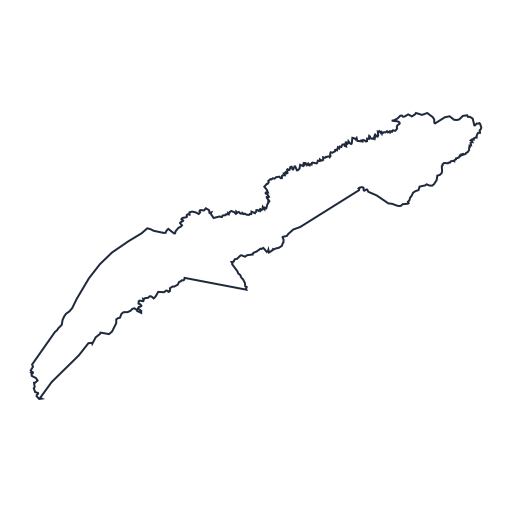 Rosário Oeste, Mato Grosso, Brazil
{"feature_id": "56859067B6764993108828", "entity_name": "Rosário Oeste", "entity_type": "district", "adm_level": 2, "iso_a3": "BRA", "parent_name": "Brazil", "parent_adm1": "Mato Grosso", "projection": "orthographic", "projection_center": [-55.849, -14.873], "detail": "fine", "context": "isolated", "style": "outline", "palette": "slate", "viewbox_px": 512, "rotation_deg": 0, "n_neighbors": 0, "source": "geoboundaries", "source_scale": "gbopen_adm2", "svg_char_len": 6083}
<svg xmlns="http://www.w3.org/2000/svg" viewBox="0 0 512 512"><path d="M184.6,277.9L246.4,289.7L246.0,288.6L246.7,287.1L245.3,286.4L244.9,283.0L243.2,279.6L241.4,277.7L240.2,275.0L238.2,273.4L237.4,271.3L232.2,264.3L232.4,263.6L231.5,262.0L233.6,261.7L234.7,259.3L236.9,258.9L240.5,255.5L241.5,255.3L245.0,256.7L247.1,255.2L252.7,254.5L252.7,253.6L254.3,252.4L256.3,251.7L260.5,248.7L261.3,249.0L263.3,247.9L266.9,252.0L268.0,251.1L268.4,249.8L269.0,252.5L271.9,250.7L273.0,249.1L273.5,249.6L275.6,248.5L278.9,247.8L281.9,245.8L282.8,243.0L283.4,242.6L283.6,239.6L282.6,237.7L282.7,236.9L286.9,235.9L288.1,234.1L293.3,229.5L300.2,227.0L359.0,190.2L359.3,188.6L358.7,188.3L359.4,187.7L361.8,187.1L363.5,187.7L363.7,190.3L364.3,190.7L366.4,189.5L367.2,189.6L368.3,191.8L376.6,195.4L388.4,203.4L392.0,203.8L397.2,205.7L399.7,206.1L400.9,205.8L402.7,204.2L407.9,203.7L408.6,203.2L407.9,201.8L409.3,200.5L410.3,197.3L411.3,196.4L413.1,192.7L415.3,191.2L418.5,190.1L419.6,186.6L425.2,185.4L426.6,184.3L429.3,185.5L432.0,185.7L434.0,184.2L436.7,180.0L437.3,175.6L439.7,175.0L441.4,173.4L442.1,171.7L441.8,166.2L442.6,165.4L442.5,164.4L444.0,163.0L447.9,163.3L448.3,162.7L449.9,162.7L450.6,161.4L453.5,160.8L454.2,161.2L454.2,160.4L456.0,159.3L456.0,158.4L458.8,157.6L459.8,155.6L460.4,156.1L461.5,155.0L461.3,154.4L463.0,154.0L463.1,154.8L465.6,153.9L465.9,153.2L467.9,151.9L469.1,150.0L469.2,147.2L469.9,146.9L469.6,145.5L471.1,145.4L470.6,143.0L471.5,141.9L472.4,142.1L471.7,140.4L470.9,140.2L471.5,139.6L473.8,139.6L473.5,138.6L475.7,137.4L476.6,137.6L476.8,135.2L477.8,133.3L478.2,132.8L480.0,132.8L479.7,130.3L480.9,129.0L481.3,127.4L480.1,123.9L479.4,123.1L478.1,123.7L476.7,123.5L475.1,125.3L474.3,125.3L472.7,118.6L470.0,116.9L467.8,116.8L467.2,115.3L462.9,115.9L459.3,119.4L456.9,120.0L454.1,119.8L449.6,116.3L444.8,117.3L435.1,123.4L434.3,122.7L434.2,119.4L432.7,117.1L427.2,113.0L422.0,114.9L415.9,113.0L415.0,114.4L411.9,116.4L408.2,114.4L404.5,116.6L402.9,116.7L401.9,115.6L400.3,115.7L397.5,118.5L394.3,120.2L391.7,120.7L397.3,121.3L399.1,122.1L399.7,123.0L399.5,123.9L397.5,125.2L396.8,126.8L397.1,128.6L395.3,130.8L393.0,130.3L392.2,131.6L391.6,131.2L390.2,132.5L389.7,131.3L388.0,132.4L387.0,131.2L385.6,132.4L384.0,132.2L383.1,132.8L382.3,132.4L381.9,133.7L381.1,132.1L380.7,132.8L379.2,131.1L378.5,131.9L377.8,131.6L378.2,135.2L377.8,136.4L377.2,136.7L375.4,134.8L374.9,137.6L374.4,136.6L373.8,138.9L373.0,138.3L372.2,138.8L370.6,138.3L369.9,136.4L369.2,135.9L368.9,138.9L367.1,138.6L367.0,141.2L365.9,141.5L364.6,140.4L363.1,140.0L362.6,141.5L361.2,140.5L360.8,141.3L357.3,140.9L356.6,138.0L355.6,139.4L354.3,138.3L352.4,137.8L351.7,143.6L351.2,144.0L349.9,143.3L348.4,141.2L347.9,143.5L347.1,144.0L345.6,141.6L346.2,146.5L344.8,146.0L344.2,144.3L342.4,144.6L341.3,147.0L339.7,146.5L339.2,148.4L337.9,147.3L337.1,150.2L336.2,149.7L335.1,150.0L335.2,151.2L332.4,152.7L330.7,152.3L330.1,154.4L330.5,156.0L329.7,157.2L329.2,156.5L328.2,156.4L326.6,157.1L326.0,156.8L325.0,157.8L323.1,157.3L323.2,159.8L322.7,160.3L321.7,160.6L319.9,159.4L319.8,161.0L317.8,160.7L317.3,162.7L316.6,163.4L312.6,162.6L311.9,162.9L311.6,164.6L310.2,164.2L309.7,165.5L308.9,165.2L308.1,163.6L306.9,165.2L305.5,163.0L304.6,163.0L304.7,164.6L304.2,165.2L303.4,164.0L302.9,166.0L300.2,164.8L299.5,168.7L297.7,170.3L296.9,170.3L295.2,166.4L294.6,166.4L293.1,169.5L292.5,169.3L291.6,166.7L290.4,167.0L289.5,169.9L288.7,170.0L287.6,169.2L287.1,169.6L287.5,173.0L286.8,173.4L285.6,172.1L285.2,172.5L285.3,173.5L283.9,173.5L284.8,175.3L282.6,175.3L281.9,176.1L281.9,178.1L280.7,178.2L279.3,176.7L276.1,177.2L274.6,178.6L272.8,178.3L271.4,179.4L270.7,179.1L270.0,179.5L268.3,181.0L268.7,182.4L267.6,183.9L266.8,183.9L264.3,186.7L266.9,189.9L267.9,192.5L266.3,192.3L265.7,192.7L265.7,193.5L267.1,194.0L269.0,196.9L268.0,197.5L266.8,197.1L266.8,197.8L269.4,201.2L269.1,201.7L268.2,201.6L268.1,203.4L267.4,204.1L266.3,208.3L264.9,207.7L264.6,209.3L262.8,206.9L262.5,209.6L261.7,209.9L260.9,209.4L260.5,210.5L259.9,209.5L258.9,211.0L257.7,210.1L256.4,210.1L256.2,211.8L255.2,212.3L254.9,213.2L251.5,211.6L251.2,214.1L249.9,214.0L249.0,214.9L246.6,214.7L244.8,213.7L243.8,214.1L242.3,212.9L242.0,213.7L240.3,213.5L238.9,212.0L237.6,212.6L236.4,211.6L236.5,213.3L235.9,213.9L234.3,212.2L231.2,211.0L229.9,211.8L229.2,213.3L228.2,212.9L228.6,214.4L226.5,214.2L225.7,214.4L225.5,215.2L222.6,215.5L221.8,217.1L219.4,216.5L213.6,218.0L210.7,213.7L211.4,212.3L209.5,212.8L209.0,210.1L205.8,208.3L204.1,210.4L200.4,210.1L199.7,210.5L199.5,211.3L200.1,212.4L198.7,214.0L195.8,212.4L192.2,211.6L189.5,212.3L189.5,214.7L188.0,214.2L186.7,215.1L186.9,216.8L186.2,217.3L182.9,217.8L181.6,218.7L181.4,219.3L183.2,220.5L182.9,221.1L180.3,222.4L180.1,223.2L182.0,225.3L181.0,226.5L178.5,227.8L175.6,231.2L175.1,233.3L174.0,233.4L168.3,228.9L166.7,230.4L165.5,232.9L163.6,232.9L153.7,230.8L150.8,229.3L147.3,228.3L141.6,233.3L128.8,241.0L112.0,252.5L99.9,264.2L89.0,278.2L76.7,298.9L72.2,308.1L69.5,311.3L66.0,313.8L64.2,316.4L62.6,319.9L61.7,324.9L58.2,328.4L57.1,330.2L55.0,331.9L32.1,364.5L33.0,366.7L30.7,370.4L31.3,371.4L32.8,372.2L32.9,372.8L31.3,372.9L32.0,373.8L31.5,374.4L31.8,375.9L36.0,378.1L37.6,380.5L35.0,382.8L34.0,382.8L34.7,386.8L33.8,388.3L35.1,392.0L38.0,393.0L38.1,393.7L36.7,395.1L36.6,396.2L39.3,399.0L41.8,398.6L40.2,397.8L51.7,382.0L78.8,355.4L88.4,343.2L91.2,342.9L92.1,343.0L92.3,343.7L95.7,337.3L99.8,334.1L100.5,332.6L109.0,334.1L112.0,331.6L116.2,323.3L116.3,319.3L118.0,318.2L120.0,317.7L121.3,314.2L122.5,312.9L123.7,312.2L127.7,312.1L130.6,310.7L132.4,308.8L134.5,308.3L137.0,310.1L137.1,310.9L141.2,312.9L141.2,310.9L138.0,308.4L138.8,306.9L140.8,306.5L141.4,305.8L140.4,304.4L138.5,303.6L138.7,301.2L139.8,300.6L143.2,301.2L143.6,300.6L143.1,298.8L144.0,299.1L145.1,298.1L148.0,297.8L149.9,296.2L151.5,296.5L153.7,298.4L155.4,296.8L158.2,291.9L164.0,292.2L166.1,290.6L167.7,290.8L168.4,291.9L169.1,291.7L169.9,291.1L170.0,288.2L172.7,286.5L174.2,286.6L177.7,284.7L179.2,281.8L180.9,281.3L181.8,280.3L183.4,280.3L184.2,279.7L184.6,277.9Z" fill="none" stroke="#1e293b" stroke-width="2"/></svg>